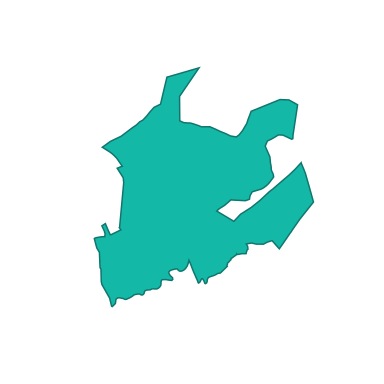 outline of San Dionisio Ocotlán, Oaxaca, Mexico, rotated 317°
{"feature_id": "50627088B55356833838726", "entity_name": "San Dionisio Ocotlán", "entity_type": "district", "adm_level": 2, "iso_a3": "MEX", "parent_name": "Mexico", "parent_adm1": "Oaxaca", "projection": "robinson", "projection_center": [-96.667, 16.751], "detail": "fine", "context": "isolated", "style": "filled", "palette": "teal", "viewbox_px": 384, "rotation_deg": 317, "n_neighbors": 0, "source": "geoboundaries", "source_scale": "gbopen_adm2", "svg_char_len": 3829}
<svg xmlns="http://www.w3.org/2000/svg" viewBox="0 0 384 384"><g transform="rotate(317 192 192)"><path d="M274.0,282.2L282.1,266.6L283.6,263.6L286.9,257.2L287.0,257.0L287.6,255.8L289.2,251.8L290.2,249.1L291.6,245.3L291.8,245.0L283.0,245.7L274.8,245.8L265.7,245.4L257.5,245.1L255.4,245.0L253.9,245.0L248.8,244.5L247.6,244.5L241.9,244.5L238.9,244.5L236.0,244.5L234.3,244.4L224.9,243.7L214.6,241.8L213.1,241.5L212.6,241.4L211.6,241.4L202.6,242.0L197.1,222.8L200.5,222.8L203.5,223.4L206.8,224.0L207.4,224.0L210.6,224.2L215.3,224.3L215.3,224.6L223.1,232.7L224.4,234.0L225.1,234.8L229.1,236.5L231.9,234.3L235.9,233.0L236.5,233.1L236.9,233.3L243.0,236.3L243.9,236.8L245.0,237.2L245.9,237.4L247.0,237.7L248.2,237.9L249.4,237.9L250.2,238.1L253.9,238.1L259.2,237.2L262.0,236.7L263.4,234.6L264.3,232.2L264.3,231.9L264.9,230.4L265.4,229.5L266.1,228.7L266.7,228.0L267.9,226.4L268.8,224.8L272.9,219.5L276.8,208.4L282.0,206.1L285.9,207.4L289.7,208.3L294.1,209.2L297.3,212.4L300.9,221.4L302.1,221.8L304.8,219.2L325.1,203.1L328.7,200.2L325.7,190.8L319.4,184.4L290.3,173.3L286.5,175.2L282.0,177.4L278.9,179.2L274.7,180.4L270.8,181.6L265.5,182.3L262.0,182.0L258.4,177.3L256.5,172.4L254.0,167.0L251.8,161.5L249.6,156.5L246.5,153.6L243.4,150.8L241.9,147.6L239.5,143.2L237.9,140.5L235.5,138.1L233.3,135.7L231.6,131.6L248.1,113.6L281.8,106.0L252.0,90.9L242.5,97.2L228.9,106.3L222.0,104.2L215.4,104.8L210.9,105.5L205.1,105.9L201.6,105.0L197.1,105.1L192.8,104.4L178.2,102.9L167.4,99.5L165.7,99.2L156.9,98.1L159.0,105.9L159.3,107.3L159.7,109.5L159.9,112.5L160.0,116.0L159.2,121.3L158.6,125.6L157.0,124.9L153.5,123.6L151.4,134.7L148.4,138.6L114.9,168.5L114.5,168.5L114.2,171.2L112.5,170.7L103.7,168.0L103.1,167.5L103.5,166.3L104.7,162.5L107.1,156.0L103.0,155.3L101.1,161.2L100.6,161.8L100.4,162.5L99.9,163.3L97.8,165.2L94.7,162.6L91.3,160.4L89.6,159.5L88.8,159.4L85.9,164.8L84.2,168.0L83.1,173.0L75.4,182.0L73.1,184.7L72.9,186.2L64.5,195.7L63.0,198.3L59.4,213.3L59.3,213.6L55.8,219.8L55.3,220.6L55.5,221.4L57.5,221.4L59.9,221.3L61.5,220.1L62.6,219.0L63.5,218.6L64.7,218.7L65.2,218.7L66.5,219.6L67.1,220.3L67.2,220.5L67.7,221.1L68.3,222.1L69.0,222.9L69.8,224.9L70.9,225.8L72.4,226.2L74.5,227.0L77.0,227.5L79.8,227.8L80.6,228.3L81.7,229.0L82.9,229.8L83.5,230.3L84.3,231.3L84.5,232.3L85.2,233.3L86.4,233.7L87.7,233.5L88.6,233.0L89.6,232.3L90.7,232.3L92.1,232.9L92.8,233.5L94.8,235.1L95.9,235.4L96.7,235.6L98.1,236.9L99.4,238.3L100.4,239.0L101.7,239.4L103.4,239.5L105.3,239.1L106.8,238.0L107.5,237.1L108.9,236.1L109.7,235.7L110.5,235.9L112.0,237.2L113.1,238.2L115.5,241.3L116.9,242.9L118.4,242.8L119.3,241.4L119.1,238.2L119.6,235.7L120.7,234.6L122.6,234.6L124.3,235.3L126.7,236.6L128.7,238.1L128.6,239.7L128.8,240.8L129.0,241.4L129.8,242.3L131.2,243.1L132.7,243.5L134.3,243.6L136.1,243.4L137.0,243.0L137.6,243.0L138.2,242.8L139.0,242.4L140.4,241.7L143.2,239.9L141.7,244.1L139.7,248.9L139.7,249.0L139.4,249.7L138.9,251.0L136.6,257.5L135.7,260.1L134.6,262.7L134.6,263.0L135.1,263.2L136.8,263.2L139.2,262.2L139.8,262.1L140.3,262.3L140.6,262.8L140.3,264.1L140.1,265.1L139.4,266.7L139.1,267.7L139.3,268.2L140.1,268.4L140.9,268.4L142.3,267.6L143.2,266.6L145.2,265.8L146.5,265.9L149.8,267.4L151.0,268.0L153.8,268.9L155.1,269.0L157.4,270.6L158.8,270.6L167.1,270.4L167.1,269.8L168.5,269.1L169.6,268.2L171.4,268.3L173.3,268.0L174.2,268.1L175.5,267.2L176.3,267.6L177.1,267.7L178.0,267.7L178.7,267.8L179.5,268.0L180.5,268.0L181.4,268.2L182.4,267.8L182.2,268.4L182.9,268.9L184.4,269.9L185.9,270.8L187.3,271.9L188.7,273.3L189.5,274.0L190.5,273.3L192.7,272.0L193.8,272.1L195.6,269.8L196.3,267.0L200.8,270.0L203.5,274.0L208.7,278.9L212.8,280.0L217.4,282.2L217.2,288.7L217.1,293.1L220.9,292.3L221.8,292.1L225.9,291.2L227.3,290.9L229.1,290.5L235.3,289.1L237.5,288.7L240.3,288.0L251.6,285.6L251.8,285.5L274.0,282.2Z" fill="#14b8a6" stroke="#0f766e" stroke-width="1.5"/></g></svg>